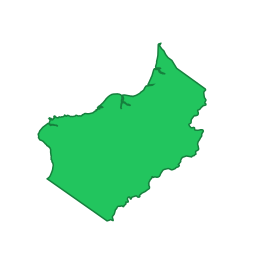 an SVG outline of Santa Cruz, rotated 215°
{"feature_id": "ARG-1271", "entity_name": "Santa Cruz", "entity_type": "Province", "adm_level": 1, "iso_a3": "ARG", "parent_name": "Argentina", "parent_adm1": "", "projection": "mercator", "projection_center": [-69.587, -49.195], "detail": "fine", "context": "isolated", "style": "filled", "palette": "green", "viewbox_px": 256, "rotation_deg": 215, "n_neighbors": 0, "source": "natural_earth", "source_scale": "10m", "svg_char_len": 5751}
<svg xmlns="http://www.w3.org/2000/svg" viewBox="0 0 256 256"><g transform="rotate(215 128 128)"><path d="M87.2,72.3L87.8,71.9L88.1,71.3L88.1,70.5L87.9,69.8L87.6,69.3L85.9,68.2L85.5,67.7L85.6,67.2L86.8,66.4L87.2,66.0L86.2,64.7L86.5,62.8L86.8,62.2L86.5,61.4L86.5,61.2L86.8,60.8L88.2,60.7L88.6,60.5L89.7,59.2L90.7,58.6L91.3,57.9L91.4,57.1L91.1,55.2L91.4,54.0L91.3,53.5L90.1,50.2L89.9,49.3L90.0,47.0L89.9,46.3L89.5,45.8L87.3,44.0L87.2,43.9L87.2,43.6L87.6,43.4L89.4,43.1L89.8,42.9L90.6,41.5L91.9,39.9L165.0,40.0L164.3,42.5L164.3,44.2L165.2,48.3L165.8,50.4L167.9,54.7L169.5,56.2L170.9,56.7L171.3,57.4L172.0,58.0L172.8,58.1L173.2,58.4L173.4,59.1L174.0,59.7L174.9,61.3L175.5,61.5L175.7,61.8L177.6,63.9L178.7,65.6L179.3,66.2L180.9,67.1L181.6,67.0L182.2,67.4L182.9,67.1L183.3,67.3L184.4,67.1L185.5,67.7L186.5,67.6L187.0,67.8L189.9,68.4L191.9,68.2L193.0,67.8L193.8,67.8L194.9,68.5L195.6,68.6L196.0,69.1L196.2,69.8L198.1,71.5L197.9,72.0L198.6,75.1L198.4,76.9L198.2,79.6L196.2,85.8L195.9,86.0L195.4,86.0L192.9,85.7L191.8,87.0L189.7,88.1L188.5,88.9L188.1,89.0L186.5,89.0L187.3,89.3L188.1,89.3L189.4,88.5L190.9,88.1L192.6,87.1L193.1,86.5L193.9,86.4L195.2,86.5L195.5,86.9L196.1,89.4L196.6,90.0L197.8,90.3L197.3,90.7L197.2,91.0L197.7,91.3L196.4,91.7L196.2,91.2L195.3,90.9L194.8,91.1L194.4,91.7L194.3,92.2L194.7,92.4L194.6,93.1L194.4,93.4L194.4,93.7L194.0,93.9L194.1,94.2L194.6,94.6L195.2,94.8L195.3,95.2L195.0,95.7L194.5,95.8L194.3,95.5L194.0,95.3L193.6,95.6L192.4,95.6L191.5,96.0L191.1,96.3L191.0,97.0L190.6,97.7L189.2,98.3L188.7,99.2L188.1,99.5L187.8,99.8L187.4,100.4L187.1,101.3L187.3,102.2L187.1,102.3L185.4,102.1L185.0,102.5L185.1,102.9L185.0,103.5L184.5,103.8L183.7,104.1L181.8,104.3L181.0,105.0L180.0,105.5L179.6,106.0L178.9,106.5L178.4,107.2L178.1,107.5L177.9,108.6L177.0,109.0L175.7,109.2L174.7,110.1L173.4,110.9L173.0,111.4L172.9,112.8L172.2,113.6L171.9,114.8L171.0,115.6L169.7,116.2L168.2,117.2L165.5,120.2L165.2,121.1L164.8,122.7L164.1,123.4L164.1,124.1L164.4,124.2L164.5,124.7L163.8,125.2L163.5,125.9L163.4,126.6L162.9,127.1L162.3,127.3L162.8,128.1L162.7,128.5L161.9,129.0L162.1,129.2L162.1,129.6L161.6,130.1L160.6,130.2L160.5,130.4L160.9,130.6L162.5,130.5L163.0,130.0L163.2,129.0L163.2,128.3L163.5,127.9L163.6,127.1L164.1,126.6L164.3,126.7L164.6,127.1L164.5,128.7L163.8,130.2L162.9,134.5L162.6,138.3L162.7,138.7L162.3,141.4L161.6,143.9L160.5,146.2L159.4,147.4L156.2,149.9L154.5,150.7L152.9,151.0L151.4,150.8L150.8,149.8L150.3,149.6L149.9,148.9L149.2,146.9L148.8,146.3L148.2,145.8L147.8,145.1L147.3,143.5L146.8,142.9L145.8,140.7L145.0,140.1L144.2,139.9L145.4,140.7L145.6,141.0L145.7,141.4L146.8,143.5L147.1,144.8L147.2,145.4L146.3,146.2L145.4,146.6L144.9,146.6L144.2,146.5L143.1,146.6L141.8,146.4L141.1,146.9L140.5,147.2L140.0,147.2L139.3,147.7L139.3,147.9L141.1,147.8L141.7,147.3L142.4,146.9L143.7,147.0L145.5,147.3L147.0,146.6L147.5,146.9L147.6,147.5L148.2,147.9L148.3,149.2L148.7,149.7L149.5,150.5L150.0,150.6L150.3,150.7L150.5,151.1L151.0,151.2L151.2,151.6L151.0,152.2L150.4,152.5L149.7,153.1L144.3,155.6L143.7,155.6L143.3,156.0L143.2,156.4L142.4,156.6L142.1,156.5L141.8,156.7L141.7,157.4L141.4,157.6L140.0,159.5L138.2,163.2L138.1,164.5L137.3,166.6L136.9,168.4L136.9,168.9L137.2,169.6L137.3,171.4L137.3,172.2L137.1,173.0L135.9,173.9L134.9,175.0L133.3,176.3L132.5,177.1L132.2,178.1L134.4,176.2L136.0,175.2L136.5,175.1L136.7,175.6L136.7,176.2L137.6,181.0L137.7,181.9L138.0,182.5L138.1,183.7L138.4,184.9L140.2,190.1L140.4,191.3L140.2,191.8L139.9,192.2L139.2,191.9L138.7,191.9L138.3,192.2L137.7,193.0L137.4,193.1L136.5,193.0L134.4,191.8L132.8,191.7L132.0,192.1L130.6,192.4L129.7,193.1L128.5,193.7L132.4,192.8L133.2,192.6L134.1,192.8L136.7,194.0L136.6,194.5L135.6,195.3L135.6,195.5L136.0,195.5L137.8,194.5L139.0,193.4L139.5,193.3L140.0,193.6L140.7,194.3L141.8,197.6L142.7,198.9L144.0,202.1L145.2,204.7L151.0,213.6L151.1,214.1L151.0,214.5L150.2,215.5L150.0,215.9L149.7,216.1L149.6,215.7L149.7,215.3L149.5,214.8L149.5,213.7L149.4,213.4L147.2,212.8L146.4,212.3L142.8,211.7L139.4,209.8L135.7,208.6L130.8,208.5L122.4,204.8L87.1,204.3L86.3,203.7L86.4,202.5L86.6,201.6L86.4,200.8L86.0,200.1L84.3,198.2L83.1,197.0L82.3,196.5L80.6,195.9L80.2,195.6L80.0,195.0L79.8,193.4L79.7,193.0L79.3,192.5L77.9,192.3L77.5,191.6L78.0,190.7L79.3,189.4L79.3,188.4L79.7,187.5L79.8,186.9L79.9,184.7L80.0,184.3L81.0,182.7L81.0,182.3L80.7,181.9L79.4,181.0L78.8,180.3L78.4,179.3L78.4,178.8L78.5,178.4L79.6,176.8L80.4,176.6L80.7,175.9L80.9,174.6L81.0,172.2L80.9,171.1L80.5,170.3L79.6,168.9L79.4,168.4L79.4,168.0L80.2,166.2L80.2,165.7L78.7,164.9L76.5,164.4L75.8,164.8L74.5,166.2L73.7,166.3L73.4,166.0L72.5,165.0L72.1,164.8L71.6,164.9L69.4,166.2L68.8,166.8L67.5,168.2L66.7,168.8L65.9,169.2L65.2,169.2L64.5,168.6L64.3,167.7L64.3,166.6L64.2,165.5L63.3,164.1L63.0,163.6L63.0,163.1L63.0,161.5L62.7,159.4L62.7,157.7L62.6,156.8L61.9,155.0L61.4,154.3L60.4,153.6L58.1,151.4L57.9,150.7L58.1,149.8L59.0,148.1L59.1,147.7L58.7,146.9L57.4,145.6L57.5,145.2L57.9,144.5L58.1,143.2L59.0,142.2L59.3,141.5L59.3,140.8L64.1,138.6L66.6,135.1L66.6,132.9L66.2,131.4L65.5,130.6L65.7,128.3L65.9,127.1L64.7,126.9L64.4,126.4L64.4,125.7L64.6,125.0L65.7,123.5L65.9,123.1L66.0,122.0L66.3,121.4L67.5,119.5L68.2,118.8L69.1,118.5L70.8,118.3L71.6,118.0L72.3,117.4L74.5,114.9L75.0,114.1L75.2,113.3L75.2,112.2L75.1,109.3L74.7,107.8L74.6,106.4L75.3,104.9L76.7,103.9L77.9,103.5L78.1,103.2L79.0,102.0L79.4,101.9L80.0,102.1L80.3,101.7L79.8,100.4L80.1,98.4L79.6,95.1L79.5,94.6L78.7,94.2L78.4,93.3L78.1,92.9L77.1,92.5L76.5,91.9L76.0,91.2L75.9,90.4L76.6,88.7L77.4,86.0L79.1,82.9L79.4,82.0L79.9,79.6L79.9,79.3L79.0,78.6L79.1,78.0L79.7,77.4L80.5,77.0L81.9,77.2L82.3,77.1L82.6,76.9L84.6,74.3L85.0,73.7L85.1,73.2L84.8,71.8L84.9,71.4L85.1,71.3L85.5,71.3L86.6,72.1L87.2,72.3Z" fill="#22c55e" stroke="#15803d" stroke-width="1.5"/></g></svg>